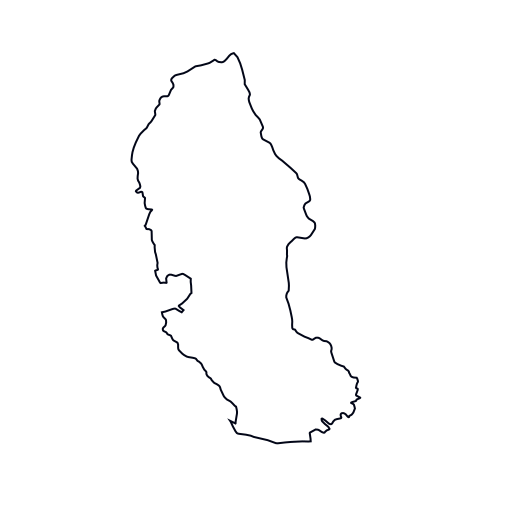 Que Son, Quàng Nam, Vietnam, rotated 122°
{"feature_id": "81297802B89611140069217", "entity_name": "Que Son", "entity_type": "district", "adm_level": 2, "iso_a3": "VNM", "parent_name": "Vietnam", "parent_adm1": "Quàng Nam", "projection": "robinson", "projection_center": [108.254, 15.725], "detail": "fine", "context": "isolated", "style": "outline", "palette": "ink", "viewbox_px": 512, "rotation_deg": 122, "n_neighbors": 0, "source": "geoboundaries", "source_scale": "gbopen_adm2", "svg_char_len": 6125}
<svg xmlns="http://www.w3.org/2000/svg" viewBox="0 0 512 512"><g transform="rotate(122 256 256)"><path d="M163.0,273.1L161.3,284.2L161.0,288.4L160.3,291.7L159.4,293.9L157.2,297.3L155.1,299.9L153.8,301.8L153.0,303.3L152.8,304.7L153.3,311.7L153.2,312.6L152.7,313.6L151.5,315.0L148.7,317.5L147.7,317.8L145.5,317.7L144.4,317.7L143.5,318.0L142.7,318.7L138.2,325.2L137.4,327.7L136.6,331.0L134.7,335.1L133.2,337.6L131.3,340.2L129.0,343.3L127.6,344.7L126.3,345.7L124.7,346.3L122.5,346.6L121.8,347.1L120.7,348.2L119.2,350.8L116.3,356.6L112.7,358.8L105.3,366.5L101.0,371.5L97.2,377.1L95.7,382.3L96.5,383.0L98.0,384.1L100.3,384.8L104.3,385.3L107.0,385.9L108.3,386.4L109.2,387.0L110.0,387.9L111.2,390.5L111.4,391.9L111.2,393.9L111.5,395.1L111.8,395.3L113.0,395.8L116.8,397.7L118.3,398.9L123.6,403.8L126.9,407.5L127.5,408.0L135.8,411.9L139.4,414.3L144.1,418.9L145.6,420.2L146.8,420.7L149.4,421.4L150.6,421.5L151.4,421.3L152.1,420.9L152.7,420.0L153.2,418.7L154.4,416.9L155.5,416.1L156.5,415.6L157.4,415.6L160.1,416.1L165.2,415.3L166.1,415.2L166.9,415.4L167.5,415.8L169.4,418.8L170.4,419.8L171.5,420.4L172.5,420.6L173.5,420.6L175.2,420.4L176.1,420.0L178.2,418.3L178.7,418.2L182.7,419.0L184.0,419.1L186.7,418.6L189.3,416.4L189.9,416.1L196.9,416.1L198.6,416.3L200.4,416.8L201.2,416.9L205.1,416.6L205.8,416.7L208.5,417.6L213.4,418.7L216.0,418.9L223.4,418.1L228.8,417.1L233.3,415.8L236.2,414.6L240.1,412.7L241.3,411.9L242.1,411.1L243.0,409.2L245.0,403.1L246.6,401.1L248.2,399.9L250.9,398.7L253.2,397.4L254.6,395.9L255.6,393.9L256.8,392.4L258.2,391.0L259.6,390.5L264.1,392.3L264.8,392.1L265.2,390.7L265.0,389.8L264.5,389.1L262.4,387.5L262.1,386.6L262.2,386.1L262.8,385.5L265.1,383.5L265.3,383.0L265.5,381.1L265.7,380.8L270.1,378.5L272.0,376.8L273.6,375.0L273.9,374.3L273.9,373.8L273.5,372.4L271.9,369.2L271.8,368.8L271.9,368.6L272.8,368.6L274.4,369.0L275.2,368.9L277.0,368.7L288.0,366.1L289.4,366.3L289.7,365.5L291.1,363.2L290.8,362.4L290.3,361.7L289.8,360.5L289.7,358.6L290.2,357.7L297.5,352.9L298.0,352.4L299.1,350.6L299.9,349.0L300.4,347.7L302.3,346.6L306.1,343.7L307.7,341.8L314.0,335.8L316.1,334.9L317.2,334.1L318.2,333.3L319.0,332.3L319.4,332.0L319.7,332.0L320.4,332.5L321.5,333.5L322.0,333.7L325.5,330.4L329.4,323.3L329.5,322.6L327.5,320.2L326.3,317.8L326.0,317.7L322.7,320.3L321.4,320.5L319.9,320.6L318.5,320.0L317.7,319.5L316.8,318.1L315.7,314.1L315.2,313.1L312.0,310.6L310.2,309.1L309.8,308.1L309.7,306.0L309.8,299.3L312.5,297.7L315.5,295.3L321.6,291.1L323.0,291.6L328.7,291.7L335.4,293.5L338.9,295.1L339.3,295.0L339.9,293.4L340.3,288.8L343.1,289.2L343.3,292.0L343.3,296.3L343.9,297.4L345.2,298.7L351.2,303.5L353.6,306.0L355.4,304.3L356.4,303.1L356.9,302.0L357.5,299.4L358.0,298.4L358.8,297.8L360.1,296.9L362.6,296.0L363.5,296.0L365.7,296.6L366.5,296.6L367.3,296.4L368.2,295.6L368.5,295.1L368.6,294.6L368.3,291.7L368.6,290.8L369.0,290.1L369.2,289.4L369.1,288.6L368.7,286.6L368.7,285.8L370.5,283.2L371.2,281.8L371.3,280.9L371.1,277.0L371.3,276.4L372.4,275.1L374.5,273.8L375.6,273.0L376.3,272.3L376.8,271.3L377.9,266.7L378.1,264.5L378.0,261.5L377.5,259.7L375.9,255.9L375.1,253.6L375.0,252.4L375.9,250.1L375.9,249.3L375.8,248.4L376.3,245.5L377.1,244.0L378.2,242.5L379.8,239.6L380.3,237.5L380.8,236.5L382.1,235.7L382.6,235.2L383.4,233.8L383.8,231.8L383.8,229.9L383.9,229.3L384.8,227.7L385.7,224.5L385.7,223.3L385.5,221.7L385.5,220.1L385.6,218.6L385.9,217.7L386.4,216.9L388.1,215.0L391.8,209.2L392.3,208.1L392.8,206.2L393.1,204.5L392.9,201.5L392.9,200.3L393.4,197.9L394.2,194.9L394.4,193.7L394.3,193.1L396.2,191.2L398.2,189.5L399.8,188.6L407.5,185.4L408.6,184.7L408.9,184.7L409.5,190.6L409.9,189.7L412.8,185.3L415.5,180.5L416.3,178.4L416.2,177.3L415.8,176.2L412.9,169.9L411.2,165.3L410.6,162.0L406.0,148.5L404.2,140.0L403.4,138.4L398.6,132.4L395.0,127.6L388.4,118.1L385.6,113.3L384.2,111.4L382.2,112.8L377.7,116.6L377.2,116.7L371.5,113.5L370.5,111.5L370.3,110.2L370.4,107.0L370.1,105.3L369.8,104.6L369.4,104.3L368.4,104.2L366.4,103.6L364.7,102.3L364.0,102.0L363.6,102.1L362.6,104.0L362.3,105.7L362.0,108.3L361.1,112.3L360.6,113.1L359.9,113.7L359.4,114.1L359.0,114.0L358.7,113.6L358.7,112.9L358.8,110.0L359.4,106.1L359.5,104.9L359.2,103.8L358.7,103.1L357.7,102.7L355.4,102.8L353.1,102.3L351.6,101.1L349.4,98.8L348.5,98.0L347.9,98.0L347.6,98.2L346.7,99.4L345.8,100.1L345.1,100.3L344.4,100.2L343.7,99.8L343.0,98.8L342.7,97.7L342.7,96.1L343.7,93.0L343.6,92.0L343.3,91.8L342.2,92.1L340.1,90.9L339.3,90.7L337.2,90.5L332.9,91.3L331.7,92.5L330.2,94.2L330.0,94.9L330.2,97.4L329.9,97.6L328.9,97.0L326.1,94.5L325.5,94.4L324.9,94.6L324.4,94.6L321.8,92.8L321.1,92.5L320.9,92.6L320.9,92.9L321.2,96.9L320.9,97.5L320.4,97.8L315.6,98.8L314.8,99.3L314.7,99.7L315.0,100.8L314.8,101.4L312.0,102.4L310.5,102.8L308.7,102.9L308.1,103.2L306.5,105.0L305.9,106.1L307.3,108.8L307.7,110.4L307.7,111.3L307.5,112.2L306.5,113.6L305.6,115.3L305.0,115.8L304.6,116.5L304.4,117.2L304.4,119.0L304.2,120.3L303.2,122.9L303.9,125.6L304.5,129.6L304.5,132.6L304.1,133.6L298.0,140.9L296.9,141.9L295.2,142.4L293.9,143.1L292.5,144.5L291.5,146.0L290.9,147.6L290.8,150.1L291.0,151.2L291.9,153.0L292.2,154.0L292.3,155.7L292.1,157.8L292.2,159.5L292.8,160.8L293.6,161.9L295.1,162.7L296.4,163.2L297.1,163.7L297.5,164.4L297.9,168.0L298.7,172.1L299.2,179.6L299.1,180.7L298.6,182.2L298.0,183.3L297.8,184.1L298.2,185.1L298.4,185.8L298.2,186.5L297.7,187.2L295.4,188.8L292.4,190.5L290.6,191.8L288.8,193.4L284.0,198.0L279.3,203.0L275.1,208.4L273.4,209.4L271.4,210.0L269.9,210.1L268.6,209.9L267.9,210.0L263.8,212.3L261.5,213.9L249.4,224.2L245.4,226.9L241.8,228.6L239.4,229.6L238.7,230.3L234.9,232.6L232.9,234.1L231.6,234.6L228.7,234.7L225.6,234.0L224.9,233.7L221.3,232.9L219.8,232.4L219.0,231.9L218.4,231.3L215.3,224.0L214.3,222.6L212.6,221.5L210.8,220.8L209.1,220.5L201.9,220.4L200.6,220.9L198.8,221.9L197.2,223.2L196.6,224.1L196.2,226.2L196.3,230.9L195.9,232.3L195.2,234.1L194.3,235.4L190.5,240.4L189.6,241.3L187.3,241.9L185.4,241.9L184.5,241.5L181.7,240.0L180.6,239.7L179.7,239.8L179.0,240.2L176.9,241.9L175.5,243.5L171.9,248.0L168.9,252.5L168.1,254.4L167.9,257.4L168.0,259.2L167.9,260.7L167.5,261.8L164.9,264.6L164.4,265.8L163.0,273.1Z" fill="none" stroke="#020617" stroke-width="2"/></g></svg>